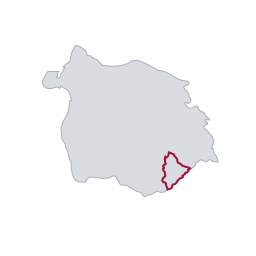 where Bihor sits in Romania, rotated 199°
{"feature_id": "ROU-277", "entity_name": "Bihor", "entity_type": "County", "adm_level": 1, "iso_a3": "ROU", "parent_name": "Romania", "parent_adm1": "", "projection": "orthographic", "projection_center": [22.195, 46.981], "detail": "fine", "context": "in_parent", "style": "outline", "palette": "rose", "viewbox_px": 256, "rotation_deg": 199, "n_neighbors": 0, "source": "natural_earth", "source_scale": "10m", "svg_char_len": 5390}
<svg xmlns="http://www.w3.org/2000/svg" viewBox="0 0 256 256"><g transform="rotate(199 128 128)"><path d="M193.4,140.3L195.7,143.1L198.5,144.5L205.0,145.6L205.5,145.4L205.5,145.1L205.1,144.7L205.0,144.1L205.2,143.4L206.1,143.3L207.5,143.8L210.2,142.7L213.9,140.0L217.5,139.1L220.9,140.2L222.8,141.7L224.0,143.2L223.9,145.1L223.8,146.3L223.4,151.4L222.9,153.3L222.1,155.5L212.0,158.9L212.5,157.6L212.1,155.6L211.5,154.0L212.4,152.5L210.0,152.2L209.0,153.1L208.4,154.5L209.3,157.6L208.3,159.4L208.0,160.4L208.1,162.7L207.5,163.8L207.5,164.9L209.1,164.5L208.5,166.5L205.7,170.6L204.8,172.9L205.8,181.9L204.8,187.4L204.8,189.0L201.4,189.3L200.4,189.3L197.1,188.7L193.5,187.6L191.2,184.9L189.7,183.1L186.7,184.2L186.1,184.0L185.2,183.1L182.9,182.6L180.1,182.8L173.6,179.5L172.8,179.0L167.9,179.9L160.6,182.1L155.0,184.6L149.3,188.9L147.0,192.0L144.3,193.7L140.4,195.1L133.3,194.9L125.9,193.7L118.0,192.3L113.7,193.3L108.0,192.8L99.2,191.0L92.7,190.5L86.4,191.7L85.3,190.9L85.0,189.9L85.3,188.4L86.2,187.3L87.7,186.4L88.5,185.5L88.6,184.6L86.8,183.2L83.3,181.3L81.8,180.1L81.4,179.8L81.3,178.7L80.6,177.8L79.2,177.2L78.2,176.0L77.4,174.4L77.6,172.8L78.6,171.3L80.0,170.7L81.7,170.9L82.4,170.5L82.1,169.4L80.4,168.1L77.4,166.5L74.4,167.4L71.3,170.8L69.1,171.3L67.7,169.0L65.3,167.7L61.8,167.3L59.7,166.4L58.9,165.1L57.4,164.1L54.0,163.0L54.0,161.9L54.6,161.7L55.7,161.6L57.3,161.4L57.6,160.9L57.6,160.3L56.4,159.6L55.1,159.2L54.5,158.7L54.0,158.2L54.0,157.7L54.3,157.3L54.8,157.3L55.3,157.0L55.6,155.8L56.3,154.8L56.8,154.4L56.8,153.7L56.3,153.0L55.6,152.4L54.6,152.0L51.4,150.9L49.9,149.4L48.9,149.4L47.3,148.5L45.7,147.2L44.3,145.4L42.7,144.2L42.3,143.7L42.3,143.3L42.6,142.8L42.6,142.2L42.2,140.5L42.5,138.6L42.5,136.8L42.5,136.0L42.2,135.8L41.9,136.1L41.5,136.4L41.2,136.4L40.0,135.1L38.6,132.5L37.7,131.6L35.8,130.4L34.2,129.3L33.1,127.1L32.0,125.4L32.8,124.7L37.3,123.9L39.4,124.9L40.4,124.5L41.4,123.8L41.9,123.1L42.0,122.5L42.5,121.7L44.0,121.3L48.1,121.9L49.7,120.7L50.3,120.1L50.7,118.7L51.2,117.6L52.6,117.0L52.6,116.0L52.4,114.8L53.3,112.4L53.8,111.3L54.6,111.0L55.6,110.2L57.3,108.6L57.0,107.2L57.3,106.1L59.1,103.5L60.5,101.1L60.5,99.8L60.7,98.8L61.9,97.6L63.1,96.0L64.8,91.2L65.4,90.4L66.5,89.5L67.3,88.6L67.4,85.4L68.1,84.5L69.6,83.5L71.0,81.8L72.2,79.9L73.1,79.0L74.3,78.7L75.5,78.0L77.0,77.7L78.4,78.0L79.3,77.8L80.6,76.9L84.0,73.3L84.4,72.6L85.1,72.1L87.9,70.8L88.6,69.6L89.5,68.4L90.7,68.5L94.7,71.2L99.0,70.9L99.8,71.0L100.1,71.1L100.6,71.3L106.3,72.5L107.2,72.4L107.4,72.3L109.7,73.3L111.8,73.1L113.7,72.3L115.6,72.0L117.5,72.4L119.0,73.9L122.7,77.1L123.8,78.4L125.5,78.1L127.3,77.4L129.1,75.1L134.7,72.3L139.0,71.5L143.2,70.3L148.1,69.3L149.4,67.2L150.2,65.7L150.6,63.1L153.2,62.2L155.6,61.5L156.5,61.1L158.3,60.9L159.8,61.1L162.0,62.2L163.7,63.8L164.3,65.0L165.8,66.7L167.3,69.2L169.1,72.5L169.5,74.2L170.2,76.0L171.5,78.2L173.9,80.6L174.2,81.0L175.3,82.7L177.5,86.5L179.2,88.0L180.8,89.6L181.5,91.2L182.7,92.7L185.2,94.6L187.2,96.3L189.2,101.6L190.5,104.0L191.3,105.8L191.3,109.7L191.8,111.3L191.2,114.4L190.0,120.5L190.0,125.4L190.4,127.9L190.6,129.6L191.1,130.6L191.7,132.8L191.9,134.7L191.3,135.3L190.5,135.8L190.3,136.2L191.1,137.0L192.2,138.5L193.4,140.3Z" fill="#d9dde1" stroke="#a8b0b8" stroke-width="1"/><path d="M55.9,109.9L56.1,109.5L56.7,109.4L57.1,109.1L57.4,108.6L57.5,108.0L57.0,107.7L56.9,107.6L56.8,107.3L56.9,107.1L57.0,107.0L57.0,106.8L57.5,105.7L57.7,105.2L58.2,104.8L58.9,104.6L59.1,104.4L59.3,104.1L59.3,103.7L59.2,103.4L59.2,103.1L59.2,102.7L59.3,102.6L60.2,101.9L60.4,101.7L60.8,100.3L60.9,100.2L60.7,99.9L60.5,99.7L60.3,99.7L60.2,99.6L60.1,99.4L60.9,98.4L61.3,98.0L62.3,97.4L62.7,97.0L62.8,96.7L62.9,96.2L63.0,96.0L63.2,95.7L63.7,95.3L63.8,95.0L63.9,94.7L63.9,94.4L63.9,94.2L63.9,93.8L64.0,93.5L64.2,93.1L64.3,92.8L64.5,91.8L64.7,91.4L65.4,90.3L65.8,89.9L66.1,89.7L67.0,89.4L67.4,88.6L67.4,87.7L67.2,86.7L67.2,85.8L67.5,85.1L68.1,84.4L69.3,83.5L70.3,83.3L70.4,83.2L70.6,83.1L70.7,82.9L70.8,83.0L71.2,83.6L71.4,84.2L71.6,84.4L71.8,84.7L72.6,85.3L72.9,85.7L73.2,86.3L73.8,87.1L73.9,87.5L74.2,88.1L74.3,88.3L74.5,88.4L74.8,88.5L75.0,88.5L75.2,88.4L75.3,88.4L75.5,88.4L75.8,88.5L76.0,88.4L76.5,88.2L76.9,88.2L77.1,88.3L77.4,88.6L78.0,89.0L78.3,89.2L78.5,89.5L78.6,90.2L78.8,90.7L78.6,91.5L78.5,91.8L78.3,92.1L78.2,92.4L78.1,92.6L78.1,92.9L78.1,93.1L77.9,93.3L77.4,94.1L77.3,94.3L77.1,94.4L77.1,94.8L77.4,95.4L78.2,96.8L78.8,97.9L78.9,98.1L79.0,98.4L79.2,98.6L80.5,99.3L81.2,100.1L81.6,100.6L81.4,101.0L81.0,101.9L80.9,102.2L81.0,102.3L81.1,102.5L82.2,102.9L82.4,103.1L82.5,103.4L82.4,103.9L82.3,104.3L82.2,104.6L82.1,104.8L82.0,105.0L81.8,105.2L81.1,105.5L80.9,105.6L80.7,105.8L80.6,106.1L80.6,106.3L80.6,106.6L80.9,106.9L81.7,107.6L81.9,108.0L82.2,108.6L82.5,110.0L82.7,110.3L82.9,110.5L83.1,110.6L83.3,110.8L83.4,111.1L83.3,111.8L83.3,112.9L83.0,112.7L82.8,112.6L82.6,112.6L82.3,112.6L82.1,112.6L81.8,112.8L81.6,113.1L81.3,113.6L81.1,114.3L81.0,115.0L81.1,116.8L81.4,118.3L80.6,118.4L79.7,118.3L78.1,118.0L76.3,118.0L76.0,117.9L75.7,117.7L75.5,117.4L75.4,117.1L75.3,116.9L75.2,116.7L73.7,116.1L72.7,115.3L72.4,115.1L71.9,115.0L71.5,114.7L71.2,114.3L71.0,113.9L70.5,112.7L70.4,112.4L70.2,112.2L69.8,111.8L69.6,111.6L69.2,111.5L68.7,111.4L66.9,111.3L66.4,111.1L66.1,110.8L65.8,110.6L65.6,110.6L65.2,110.6L64.9,110.5L64.7,110.4L64.5,110.2L64.4,110.1L63.9,110.0L57.2,110.3L56.3,110.1L55.9,109.9Z" fill="none" stroke="#9f1239" stroke-width="2"/></g></svg>